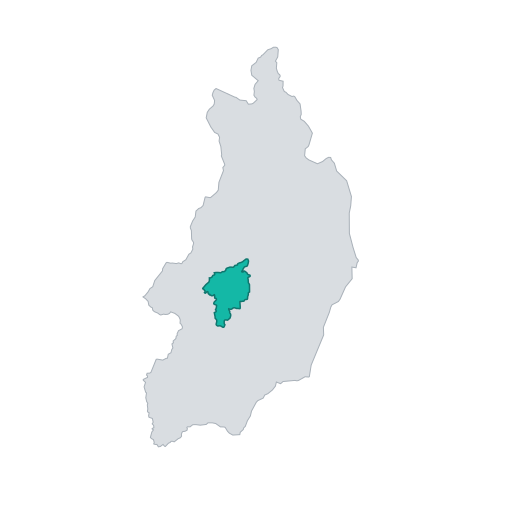 Arhangay highlighted on a map of Mongolia, rotated 283°
{"feature_id": "MNG-3316", "entity_name": "Arhangay", "entity_type": "Province", "adm_level": 1, "iso_a3": "MNG", "parent_name": "Mongolia", "parent_adm1": "", "projection": "albers", "projection_center": [100.83, 48.018], "detail": "fine", "context": "in_parent", "style": "filled", "palette": "teal", "viewbox_px": 512, "rotation_deg": 283, "n_neighbors": 0, "source": "natural_earth", "source_scale": "10m", "svg_char_len": 7733}
<svg xmlns="http://www.w3.org/2000/svg" viewBox="0 0 512 512"><g transform="rotate(283 256 256)"><path d="M49.9,198.6L51.4,198.8L54.0,197.4L54.6,195.1L55.5,193.9L61.1,194.1L63.5,195.2L64.1,193.7L64.6,193.6L65.7,195.1L67.1,194.7L68.0,194.3L69.1,192.6L70.9,193.2L74.4,191.6L74.8,188.0L76.2,187.3L79.2,187.1L79.7,185.5L80.4,185.1L82.6,185.0L86.4,183.6L88.1,183.7L89.6,182.2L93.1,180.5L98.0,180.1L98.5,179.1L103.3,176.4L108.0,176.8L109.6,174.1L110.4,173.9L113.3,177.6L114.7,177.3L115.4,176.1L117.3,176.3L117.9,178.7L119.0,179.8L132.9,182.0L133.3,183.0L133.6,188.6L136.0,191.4L136.5,192.7L140.5,192.6L142.6,194.9L146.0,195.0L147.7,195.7L151.1,194.0L151.9,194.0L152.8,195.1L154.5,194.4L157.5,196.5L159.9,196.3L161.0,197.2L162.4,196.6L165.8,197.3L168.5,200.4L170.4,200.3L172.7,198.4L173.4,197.1L176.7,196.6L178.6,195.3L179.9,194.1L181.8,189.9L182.4,185.4L180.7,184.7L179.4,183.2L178.6,180.7L178.6,179.1L177.1,176.5L177.3,175.2L178.3,173.1L178.9,169.5L180.0,167.6L182.3,166.6L182.5,165.2L184.0,162.6L187.5,161.1L189.5,158.1L190.7,155.1L192.3,156.7L196.7,158.9L200.4,160.0L202.8,162.3L209.4,162.9L220.4,168.2L222.7,167.9L229.2,170.0L229.8,170.7L229.8,174.7L230.3,175.8L230.7,180.1L231.9,182.2L231.6,184.8L232.3,185.6L233.9,185.9L236.6,188.5L242.6,190.2L244.4,191.9L248.5,192.9L250.6,192.1L254.0,192.4L255.2,192.1L257.3,189.9L258.7,189.3L266.3,187.3L268.4,185.8L269.8,185.4L275.9,186.4L280.3,188.0L286.3,187.4L289.4,189.5L290.7,191.5L293.3,193.1L301.8,193.2L302.3,193.6L302.5,198.1L303.0,198.8L309.0,203.2L311.7,204.4L319.5,203.3L331.9,205.1L334.7,203.8L337.4,205.1L338.4,204.8L345.7,199.7L346.9,199.8L354.8,197.1L359.6,194.2L363.5,193.8L366.3,191.5L367.1,187.9L371.5,183.0L379.4,176.4L385.0,176.2L388.5,177.5L392.5,180.4L394.6,181.1L398.2,180.7L402.8,177.2L405.5,177.3L408.2,177.9L410.2,179.4L406.0,199.7L406.1,200.8L404.3,205.2L405.1,211.5L402.2,214.4L403.3,217.8L404.3,219.0L408.6,221.9L409.8,221.2L410.5,219.5L412.2,217.8L415.9,217.4L418.9,216.2L423.1,216.5L427.3,218.7L431.2,211.2L435.8,209.3L440.4,209.1L444.7,212.6L449.3,213.6L450.9,215.8L452.7,216.4L453.5,217.4L459.6,221.1L461.4,224.1L463.3,226.0L463.9,228.3L463.8,229.6L462.1,231.3L454.9,232.4L450.2,231.1L449.0,232.8L443.5,233.6L440.7,235.2L438.8,236.6L437.9,238.4L437.0,239.0L436.1,239.1L434.2,238.2L432.8,238.6L432.4,239.0L432.4,243.1L427.7,244.1L426.1,243.9L422.6,246.6L422.3,248.3L420.6,250.8L419.5,255.2L420.3,256.8L419.9,258.0L416.8,260.9L414.1,264.7L407.4,267.3L404.2,268.2L401.7,267.8L399.4,268.8L398.1,272.7L394.3,277.9L388.4,283.3L376.0,282.6L374.4,282.2L371.5,279.9L364.6,280.8L362.8,282.9L361.5,285.9L359.7,295.1L363.1,299.7L366.8,302.5L368.5,304.6L368.8,306.6L366.7,307.8L364.0,311.5L356.9,315.5L349.7,327.4L335.4,335.6L326.2,337.0L318.8,337.2L299.0,341.9L286.4,348.5L277.0,354.0L275.1,356.5L274.1,356.9L272.3,356.1L267.0,356.1L266.8,351.9L255.5,354.8L246.1,350.2L232.8,347.6L230.2,346.5L225.6,341.1L223.2,340.4L217.5,340.1L201.7,337.7L194.3,339.7L162.1,334.3L150.4,335.1L149.9,334.5L149.4,331.0L144.2,325.3L143.6,323.9L143.5,321.8L139.8,310.6L137.1,308.7L137.8,304.2L133.6,304.2L129.1,302.1L124.5,298.5L122.5,295.8L119.2,295.0L115.5,290.3L113.6,289.2L103.9,286.5L98.9,286.5L93.7,284.7L87.6,283.9L85.8,282.7L84.0,282.6L80.7,280.3L78.3,280.4L76.3,273.7L77.4,269.8L78.9,267.6L82.1,264.5L82.2,263.2L81.5,259.8L83.7,254.4L83.6,250.8L82.6,246.7L80.7,245.4L78.6,239.7L78.2,235.4L77.4,232.3L74.7,230.2L74.1,227.5L73.2,227.2L72.5,227.9L70.7,228.0L69.2,226.2L68.5,224.2L67.5,223.6L65.6,223.4L63.7,224.0L61.9,223.2L60.5,221.3L56.5,218.1L56.7,216.3L56.3,214.9L55.0,214.3L53.9,212.8L50.0,210.5L50.1,209.6L51.5,207.8L48.9,205.7L48.1,203.8L50.1,201.8L49.7,200.2L49.9,198.6Z" fill="#d9dde1" stroke="#a8b0b8" stroke-width="1"/><path d="M224.2,215.5L224.3,216.2L224.5,216.6L225.0,217.2L225.3,217.4L225.5,217.7L226.1,218.1L226.6,218.1L226.9,218.2L227.1,218.2L227.4,218.4L227.7,218.8L227.9,219.0L228.0,219.4L228.1,219.6L228.3,219.8L228.6,219.9L228.9,219.9L229.3,219.8L229.8,219.4L230.3,219.1L230.7,220.0L231.2,221.7L231.6,223.9L231.6,224.2L231.6,224.8L231.7,225.2L231.8,225.5L232.0,225.7L232.2,225.9L232.8,226.4L233.1,226.7L233.3,227.2L233.5,228.3L233.9,228.7L234.1,228.9L235.0,229.6L235.3,229.7L235.5,229.7L236.2,229.7L236.9,229.8L237.6,230.4L238.2,231.3L238.5,231.9L238.9,232.4L239.3,233.1L239.4,233.5L239.6,234.5L239.8,235.9L239.9,236.3L240.0,236.4L240.2,236.7L240.4,236.8L241.3,237.2L242.1,237.6L242.2,238.1L242.4,238.4L242.8,239.3L243.1,239.9L243.7,239.9L244.1,239.9L244.3,240.0L244.7,240.3L245.3,241.1L245.8,241.8L246.1,242.5L246.5,243.1L246.9,243.6L247.3,244.1L247.9,244.7L248.5,245.0L249.3,245.8L249.9,246.2L250.8,247.0L251.0,247.9L251.1,248.7L249.7,249.7L249.1,249.9L247.1,250.0L244.8,249.8L244.3,249.6L244.0,249.4L243.2,247.9L242.9,247.4L242.6,247.1L240.3,246.3L239.9,246.3L239.2,246.3L238.1,245.7L237.6,245.6L237.4,245.8L237.3,246.1L237.4,246.5L237.5,246.9L237.7,247.2L237.9,247.4L238.2,247.6L238.5,247.7L238.7,247.8L238.7,248.4L237.9,250.2L237.4,251.1L236.4,251.8L236.3,252.1L236.1,252.5L236.1,253.4L235.9,254.5L235.2,254.8L234.9,254.8L234.5,254.5L234.3,254.3L233.7,253.4L233.4,253.1L233.1,253.0L232.7,253.0L231.2,253.7L228.4,254.5L227.5,255.2L227.2,255.7L226.6,256.1L219.5,257.8L218.6,256.9L218.3,256.8L216.7,257.2L216.1,257.2L214.6,257.0L214.1,257.0L213.2,257.3L212.2,257.3L211.9,257.2L211.7,256.9L211.5,256.5L211.3,255.6L211.0,255.2L210.6,254.8L210.2,254.7L209.5,254.5L209.4,254.4L209.2,254.2L209.0,253.5L208.9,253.1L208.6,252.5L208.4,252.1L208.2,250.9L208.1,250.7L207.8,250.6L207.4,250.7L202.8,252.1L201.6,252.3L201.3,252.3L201.1,252.1L201.0,251.8L200.9,251.4L200.9,251.0L200.9,250.6L200.9,250.3L200.8,250.0L200.7,249.7L200.6,249.3L200.5,248.8L200.6,248.3L200.7,247.3L200.7,246.9L200.7,246.4L200.5,245.9L200.2,245.4L199.2,244.6L198.8,244.2L198.6,243.9L198.4,243.4L198.3,242.8L198.4,241.3L198.1,241.3L197.2,241.9L196.8,242.2L196.6,242.5L196.3,242.7L196.1,242.9L195.2,243.0L194.9,243.1L194.6,243.3L193.9,244.1L193.7,244.3L193.4,244.4L193.0,244.6L192.0,244.8L190.4,244.7L190.0,244.7L189.6,244.6L187.4,243.0L187.1,242.7L187.0,242.4L187.0,241.1L186.7,240.3L186.5,240.1L186.4,239.9L186.2,239.8L185.9,239.7L185.7,239.7L184.7,239.8L183.4,240.1L182.8,240.4L182.0,241.2L180.1,240.9L179.7,240.8L179.3,240.5L179.2,240.2L179.1,239.8L179.2,239.4L179.8,237.6L179.9,237.1L179.9,236.6L179.7,235.9L179.3,234.8L179.2,234.3L179.6,233.3L179.8,233.0L180.0,232.8L180.3,232.6L180.7,232.5L183.4,232.5L184.4,232.2L185.0,231.9L185.4,231.4L185.9,230.5L186.3,230.1L186.7,230.0L187.4,229.9L191.4,228.1L192.5,229.4L192.9,229.6L193.2,229.7L193.6,229.6L194.0,229.3L194.2,229.0L194.4,228.7L194.6,228.6L195.0,228.6L195.2,228.8L195.5,228.9L195.8,229.0L198.7,228.8L199.0,228.7L199.3,228.1L199.5,226.5L199.6,226.1L199.8,225.8L200.0,225.6L200.3,225.5L201.5,225.6L202.0,225.8L203.9,227.0L204.3,227.1L204.6,227.2L205.1,227.1L205.5,226.9L205.7,226.5L205.7,226.1L205.6,225.7L205.7,225.3L206.1,225.1L207.3,224.9L208.4,224.5L208.9,224.1L208.7,223.7L208.4,223.5L208.1,223.4L207.9,223.3L207.8,223.2L207.7,223.1L207.6,222.8L207.6,222.6L207.5,222.4L207.5,222.2L207.4,221.8L207.3,221.7L207.4,221.2L207.6,220.9L207.7,220.7L207.6,220.4L207.6,220.2L207.9,219.9L208.0,219.8L207.9,219.7L207.7,219.6L207.8,219.4L208.0,219.0L208.2,218.8L208.4,218.6L208.5,218.5L208.5,218.4L208.4,218.3L208.4,218.2L208.7,217.9L208.9,217.9L209.4,217.5L209.6,217.4L209.8,217.4L210.0,217.3L210.3,217.1L210.3,216.9L210.4,216.6L210.2,216.2L208.7,215.4L208.5,215.2L208.4,215.1L208.4,214.9L208.5,214.5L208.5,214.3L208.7,214.1L208.9,214.4L209.2,214.4L210.7,214.1L210.8,213.9L210.8,213.7L211.0,213.4L211.5,213.0L211.7,212.8L211.9,212.5L211.9,212.3L211.9,212.0L211.9,211.9L212.0,211.8L212.0,211.7L212.3,211.4L212.6,211.4L212.9,211.6L216.8,213.6L219.8,215.8L220.2,216.0L221.6,216.1L224.2,215.5Z" fill="#14b8a6" stroke="#0f766e" stroke-width="1.5"/></g></svg>